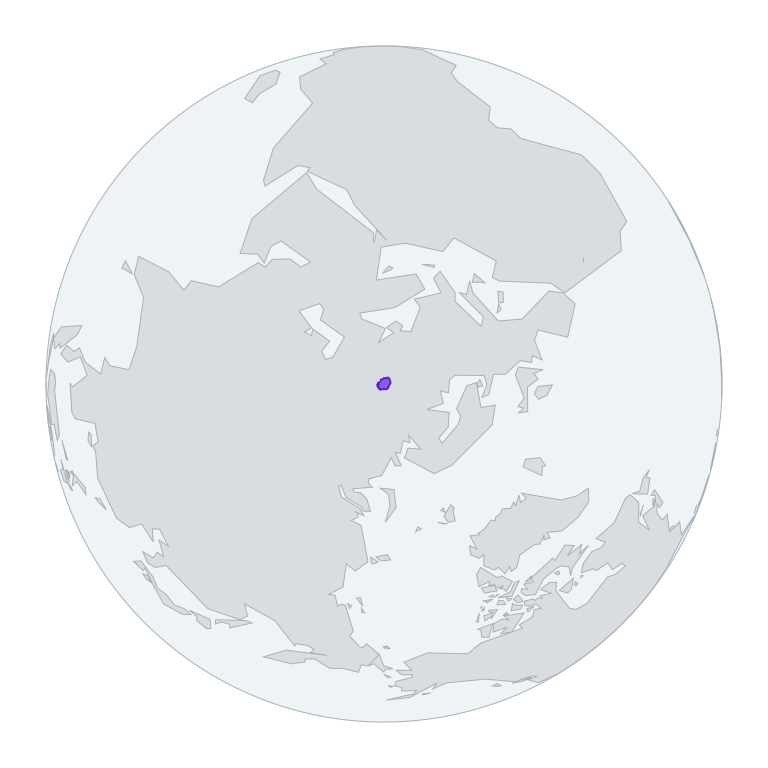 the Earth from above Ryazan', rotated 164°
{"feature_id": "RUS-2374", "entity_name": "Ryazan'", "entity_type": "Region", "adm_level": 1, "iso_a3": "RUS", "parent_name": "Russia", "parent_adm1": "", "projection": "orthographic", "projection_center": [40.693, 54.337], "detail": "fine", "context": "on_globe", "style": "filled", "palette": "violet", "viewbox_px": 768, "rotation_deg": 164, "n_neighbors": 0, "source": "natural_earth", "source_scale": "10m", "svg_char_len": 14237}
<svg xmlns="http://www.w3.org/2000/svg" viewBox="0 0 768 768"><g transform="rotate(164 384 384)"><circle cx="384" cy="384" r="338" fill="#eef3f6" stroke="#a8b0b8"/><path d="M287.9,60.0L294.9,58.0L317.7,54.2L327.1,60.0L317.8,60.7L321.2,62.6L333.1,62.2L340.1,61.6L367.7,72.3L406.3,79.5L421.2,77.4L415.9,81.9L445.9,75.6L468.6,79.5L441.2,78.0L437.1,80.3L451.7,84.0L450.6,87.2L457.0,91.1L454.4,94.8L438.7,94.3L436.7,96.9L447.1,99.5L451.1,105.4L436.1,101.1L441.5,111.0L416.1,113.5L378.0,101.5L362.1,108.3L318.2,111.1L320.4,115.0L305.1,119.3L302.0,125.7L294.7,125.0L298.5,130.7L305.8,130.2L309.8,132.7L308.7,136.6L299.2,136.1L298.4,134.1L295.0,136.1L290.8,134.3L292.2,137.4L280.9,136.8L290.2,143.2L279.6,147.7L272.6,145.8L275.9,138.3L267.7,117.5L261.6,114.4L249.7,116.9L222.0,137.0L214.2,137.1L201.8,142.9L204.8,145.9L215.7,142.6L218.3,150.4L231.2,146.1L234.2,148.8L246.4,148.1L241.8,156.6L230.6,165.5L220.2,166.8L215.0,171.0L222.7,177.0L201.1,187.1L183.2,207.7L177.9,209.7L171.7,199.9L177.4,181.0L169.3,170.6L171.6,186.1L158.4,192.0L155.0,197.0L154.1,202.1L158.0,203.5L152.9,207.7L148.6,193.2L153.2,189.2L154.5,193.6L157.1,185.1L154.1,176.5L147.7,180.7L150.1,165.1L145.5,168.1L143.5,166.8L150.6,162.8L137.8,170.1L139.6,157.0L122.1,171.9L142.4,151.3L151.5,141.5L161.1,131.5L158.3,133.6L174.8,119.1L181.7,113.3L201.3,99.7L221.9,87.5L243.2,76.8L265.3,67.6L287.9,60.0ZM63.6,276.7L59.9,288.6L59.8,288.8L51.1,326.2L47.2,360.0L46.3,374.8L46.2,375.9L47.7,350.7L51.2,325.7L56.4,301.0L63.6,276.7ZM46.1,385.2L46.1,388.1L46.1,389.1L46.1,385.2ZM46.4,399.2L51.0,438.3L57.7,469.2L60.4,481.2L60.2,480.8L53.4,454.0L48.8,426.7L46.4,399.2ZM126.6,165.1L118.5,175.5L96.4,207.4L104.5,194.1L103.8,195.4L110.3,186.1L120.9,172.1L126.3,165.4L126.6,165.1ZM118.4,178.6L121.9,173.9L119.1,178.0L118.4,178.6ZM343.4,60.9L333.4,61.9L323.1,61.4L331.5,60.1L343.4,60.9ZM362.9,63.9L358.0,64.9L354.7,61.7L358.6,62.1L362.9,63.9ZM432.2,75.5L424.2,74.2L432.3,74.5L432.2,75.5ZM458.4,91.0L461.0,90.5L463.2,92.8L458.4,91.0ZM248.2,143.6L247.3,145.8L245.5,144.7L248.2,143.6ZM254.3,141.3L252.8,138.5L255.5,137.1L256.4,138.8L254.3,141.3ZM461.3,100.7L464.0,104.9L458.5,100.5L461.3,100.7ZM255.5,145.1L260.5,134.9L265.2,132.5L272.5,137.2L255.5,145.1ZM463.9,107.2L470.8,117.9L477.2,117.4L463.1,125.4L461.9,113.3L454.0,107.8L461.0,109.3L463.9,107.2ZM308.6,128.4L300.8,129.1L308.4,125.1L308.6,128.4ZM312.4,125.3L329.8,110.4L340.7,111.7L332.6,116.2L347.6,115.4L344.4,123.3L335.4,125.5L329.0,123.0L332.7,128.1L312.4,125.3ZM454.2,128.4L453.5,131.1L451.2,128.2L454.2,128.4ZM312.0,133.4L314.6,130.1L324.2,130.9L320.9,137.7L318.8,135.2L312.0,133.4ZM353.1,111.6L359.7,113.7L358.8,120.5L361.3,122.4L345.2,123.7L353.1,111.6ZM316.0,137.0L318.9,141.2L313.3,144.5L310.2,136.7L316.0,137.0ZM328.1,128.3L332.5,129.1L329.0,130.9L328.1,128.3ZM295.1,159.0L297.9,154.6L303.1,154.6L295.1,159.0ZM320.3,142.6L322.3,141.5L324.6,141.1L325.3,144.6L320.3,142.6ZM345.8,128.6L344.0,131.2L352.3,128.4L352.0,133.8L341.3,133.8L345.8,136.0L345.7,137.7L337.1,135.9L345.8,128.6ZM333.2,147.0L319.6,149.4L313.1,157.4L308.3,157.5L319.5,144.8L333.2,147.0ZM336.2,140.6L333.3,144.5L328.7,142.5L328.0,138.6L336.2,140.6ZM355.6,137.5L358.8,129.2L361.0,129.6L355.6,137.5ZM332.2,149.6L335.6,149.0L332.3,150.4L332.2,149.6ZM349.4,141.6L350.3,138.5L352.8,139.0L349.4,141.6ZM341.5,150.5L337.1,151.2L336.4,148.5L341.5,150.5ZM345.9,146.7L349.1,148.1L338.8,147.1L345.8,145.3L345.9,146.7ZM351.7,142.5L353.4,141.7L351.0,143.7L351.7,142.5ZM346.5,160.8L333.7,160.2L332.3,154.0L344.9,155.3L346.5,160.8ZM276.9,704.5L274.1,703.4L254.6,694.4L226.8,670.4L233.7,664.2L229.9,654.2L205.5,620.9L210.7,608.7L204.6,599.1L191.7,594.2L184.8,582.2L177.2,577.6L131.0,549.8L118.2,526.8L105.9,473.4L115.1,465.5L119.1,446.8L184.7,421.9L196.1,435.0L244.9,451.2L250.6,456.6L242.1,471.3L276.5,505.2L290.9,495.1L324.8,513.6L349.1,516.3L362.6,486.0L322.8,480.9L318.6,464.0L352.6,454.5L387.8,458.9L387.3,452.5L367.3,436.9L377.7,425.5L360.7,430.5L365.9,437.6L355.4,441.2L350.0,434.9L353.8,430.9L343.9,426.8L327.9,447.7L331.5,457.2L304.0,455.9L307.3,471.9L299.0,477.0L290.4,451.9L293.0,444.0L274.9,412.8L269.7,420.9L286.4,451.1L280.1,447.3L273.2,459.5L273.5,447.3L256.7,413.0L233.4,408.4L199.7,427.8L187.0,422.5L178.2,408.2L194.5,378.4L221.2,393.6L227.3,384.2L225.5,363.6L233.7,370.3L236.2,364.0L246.6,368.9L264.8,359.9L275.9,363.1L286.4,344.8L293.5,344.2L285.2,355.0L285.4,364.7L313.4,372.8L319.8,370.0L324.4,357.7L331.5,361.9L332.4,349.0L350.1,347.7L329.2,338.8L334.0,325.1L346.5,316.7L344.3,310.9L323.9,324.7L319.2,331.8L321.1,340.3L304.9,359.4L294.6,360.0L297.3,334.7L282.9,333.0L291.3,314.9L341.3,287.2L360.4,284.0L384.8,307.3L378.5,315.6L366.5,311.1L374.4,327.9L375.3,320.4L381.2,324.2L387.3,312.9L391.8,315.1L389.9,300.8L396.1,302.3L397.2,311.3L411.5,296.7L425.2,296.9L426.3,292.6L423.5,288.0L442.8,291.8L442.8,288.5L436.4,285.9L432.2,277.9L432.2,265.4L438.8,267.4L439.7,272.2L451.7,285.6L453.1,298.5L455.8,298.1L456.2,287.4L441.6,271.0L439.7,263.0L447.6,269.6L444.6,266.6L445.8,263.2L453.2,262.0L444.9,254.3L448.5,217.5L463.2,212.1L469.8,221.6L479.4,200.1L495.2,197.0L489.3,194.5L489.9,183.3L485.0,184.0L482.2,182.0L481.5,155.2L486.5,151.0L479.6,137.8L476.5,136.7L472.4,139.0L463.1,125.4L477.2,117.4L483.3,120.3L488.0,113.9L501.4,121.7L514.6,125.7L526.5,138.9L535.9,141.4L536.6,138.6L550.0,140.5L574.9,154.9L551.5,155.1L513.5,138.8L528.7,146.1L524.3,148.2L529.2,153.4L540.0,158.6L541.9,156.8L554.3,186.9L578.5,210.9L579.2,198.5L587.3,197.1L615.4,216.7L643.4,269.6L654.6,270.8L660.4,277.0L662.1,289.3L653.6,280.4L648.4,284.9L643.4,278.4L643.3,296.1L636.1,287.5L639.5,306.1L646.6,308.7L649.4,295.8L655.5,316.3L668.2,316.2L678.1,328.7L685.2,372.4L679.8,399.2L681.3,404.6L674.7,407.4L672.7,425.8L690.1,435.5L691.9,442.7L685.5,471.6L684.2,467.0L666.9,474.2L668.5,493.8L681.7,492.2L686.4,501.9L678.3,508.7L673.0,500.7L666.8,502.8L665.1,487.2L653.5,471.7L645.1,486.5L642.5,477.1L625.2,468.0L611.2,488.4L591.3,533.4L593.9,558.0L584.7,574.3L560.2,551.5L550.5,529.2L540.8,536.4L516.3,522.9L471.5,535.3L465.9,529.2L457.3,534.6L440.1,530.3L431.8,519.3L421.1,521.5L443.4,549.9L455.0,547.3L465.8,533.2L469.7,543.6L486.4,549.2L465.3,579.4L400.1,608.5L395.0,589.9L352.5,532.3L354.6,525.5L354.4,524.7L354.0,523.3L348.7,534.1L341.8,521.6L363.1,564.2L366.1,580.9L399.1,609.6L395.7,612.6L406.7,617.7L443.8,607.1L443.7,613.1L425.3,641.2L375.2,673.6L382.8,690.5L380.6,702.4L351.3,707.7L355.9,714.0L341.0,714.4L341.4,716.6L330.6,716.8L311.9,714.1L291.6,709.0L276.9,704.5ZM159.4,445.6L156.9,450.9L159.4,445.6ZM423.6,479.0L445.6,477.8L438.1,458.0L445.9,456.0L440.5,450.3L437.4,456.6L424.5,440.2L434.9,432.8L433.4,423.7L426.0,423.7L409.1,440.0L427.5,463.2L421.4,472.3L423.6,479.0ZM59.7,289.4L58.2,294.9L59.4,290.3L59.7,289.4ZM99.9,201.0L99.4,201.8L99.9,201.0ZM78.9,241.9L75.9,249.3L78.0,243.1L78.9,241.9ZM93.5,212.4L81.2,236.4L85.5,226.0L93.7,211.2L89.4,219.2L93.5,212.4ZM115.5,180.6L112.7,184.5L112.0,184.9L115.5,180.6ZM116.4,181.7L117.1,180.6L119.4,177.8L116.4,181.7ZM158.7,192.9L158.9,194.2L156.8,199.6L155.7,197.6L158.7,192.9ZM160.8,222.2L152.6,228.4L157.6,222.3L154.3,220.3L161.0,205.5L175.6,210.1L167.8,210.4L160.8,222.2ZM173.9,187.9L168.0,196.2L173.8,186.9L173.9,187.9ZM239.8,326.8L242.2,333.4L236.5,339.2L222.4,336.7L230.6,328.1L239.8,326.8ZM246.9,341.5L253.5,317.9L262.5,319.1L256.3,322.3L261.6,325.4L253.1,331.6L255.2,356.4L250.3,363.2L227.0,353.9L237.3,352.9L234.4,346.3L246.9,341.5ZM254.5,261.2L257.5,252.4L273.2,266.0L268.6,272.6L254.3,270.2L251.3,260.8L254.5,261.2ZM267.4,156.0L267.5,152.9L270.2,152.8L272.2,155.5L267.4,156.0ZM295.9,157.0L269.6,170.2L268.4,167.2L254.4,179.4L245.8,176.2L255.2,168.2L238.1,175.3L243.1,166.8L231.8,172.7L253.6,155.3L257.4,148.5L256.4,157.2L264.2,160.3L268.7,159.5L284.4,152.6L296.4,140.0L306.1,141.5L309.7,146.0L308.3,149.2L302.4,147.1L304.7,153.0L295.2,152.5L295.9,157.0ZM346.4,205.1L340.2,200.0L343.2,214.3L333.7,212.8L334.6,214.6L326.7,217.2L318.7,223.7L314.8,221.8L313.3,225.2L308.0,227.3L304.7,231.4L296.6,229.5L291.9,234.6L290.7,230.9L284.8,240.2L285.5,232.5L278.7,234.8L281.6,241.0L245.6,223.6L229.9,223.2L216.4,227.4L219.5,214.4L234.0,202.5L253.4,193.7L268.1,196.4L266.8,190.4L273.4,190.0L271.7,194.9L278.3,187.2L283.3,188.3L300.6,182.2L307.1,171.0L313.6,168.8L313.5,173.8L320.0,168.1L324.3,176.1L329.1,174.8L338.0,181.6L335.2,192.4L340.7,190.2L347.7,195.7L346.4,205.1ZM348.7,162.9L347.5,175.4L341.7,181.0L328.5,166.8L323.6,166.9L315.0,158.7L323.6,151.0L325.3,154.0L328.9,155.2L324.8,157.1L330.8,156.5L333.3,160.7L338.7,161.5L336.8,165.2L348.7,162.9ZM258.7,452.8L263.4,455.4L271.1,457.3L266.8,465.2L258.7,452.8ZM246.7,429.7L251.2,430.3L249.0,441.9L244.2,439.5L246.7,429.7ZM255.6,421.1L251.7,429.5L250.9,423.6L255.6,421.1ZM289.6,355.1L294.6,355.2L294.4,358.3L290.7,362.0L289.6,355.1ZM353.2,249.6L350.6,245.2L352.5,243.9L353.4,232.8L360.5,233.4L362.8,240.3L353.2,249.6ZM354.8,490.9L346.7,496.2L343.4,492.9L346.9,491.7L354.8,490.9ZM303.8,482.2L314.6,488.7L302.5,484.3L303.8,482.2ZM361.1,248.4L360.6,243.7L364.4,246.9L361.1,248.4ZM365.8,233.3L370.6,236.1L361.5,232.2L365.8,233.3ZM439.4,696.8L418.2,714.5L401.9,715.6L398.0,712.2L405.2,702.1L423.9,697.3L432.9,690.7L439.4,696.8ZM710.0,473.0L707.9,480.3L708.9,476.9L710.5,471.0L710.0,473.0ZM706.9,482.9L693.5,514.4L687.3,524.1L689.5,518.1L699.7,499.2L706.9,482.9ZM689.0,519.0L678.4,527.8L658.2,523.5L665.5,515.7L685.5,507.7L684.4,512.2L690.8,508.6L689.0,519.0ZM711.6,456.1L710.3,466.6L703.6,483.5L700.2,490.0L697.9,484.3L699.2,475.6L702.3,469.3L710.1,424.2L713.6,420.0L712.2,436.3L714.9,436.5L711.6,456.1ZM595.6,559.3L604.0,567.8L598.5,573.7L595.6,559.3ZM710.1,399.4L709.1,418.8L709.0,397.4L710.1,399.4ZM708.2,382.4L709.8,386.3L707.3,386.2L708.2,382.4ZM684.1,411.4L681.0,419.1L679.4,416.0L682.4,404.2L684.1,411.4ZM685.6,339.5L691.2,349.5L692.7,354.3L688.5,351.5L685.6,339.5ZM421.1,250.6L411.9,265.0L410.0,276.7L416.3,284.8L403.5,279.9L406.4,261.9L421.1,250.6ZM444.5,221.2L438.8,214.7L443.8,213.8L445.8,215.1L444.5,221.2ZM439.3,219.9L427.7,219.1L426.2,213.1L435.7,214.8L439.3,219.9ZM394.3,233.2L391.0,237.3L388.0,234.4L394.3,233.2ZM720.3,417.1L720.3,417.4L720.4,416.0L720.3,417.1ZM716.2,433.3L716.9,435.4L719.1,421.2L717.4,434.3L717.9,435.9L717.0,441.7L716.7,439.3L715.0,451.7L713.9,456.2L714.2,450.3L715.9,435.2L716.9,426.3L720.3,405.2L716.2,433.3ZM721.5,399.5L721.3,396.3L721.3,389.7L721.6,389.7L721.5,399.5ZM718.9,390.1L716.2,390.7L715.3,400.9L715.6,375.5L718.4,379.1L718.9,390.1ZM714.2,380.4L713.6,389.9L713.2,376.6L714.2,380.4ZM712.5,389.1L710.8,384.5L712.2,379.9L712.5,389.1ZM714.9,377.1L712.4,366.8L714.4,369.3L714.9,377.1ZM706.0,374.9L711.7,372.1L707.0,383.4L699.6,366.6L701.0,359.8L706.0,374.9ZM668.1,268.2L663.7,264.8L663.0,257.8L666.2,262.1L668.1,268.2ZM656.5,233.3L661.4,254.9L664.5,273.0L666.8,271.0L673.6,282.5L666.4,281.0L659.2,262.3L658.0,250.1L651.3,241.7L646.4,229.4L637.4,222.6L633.2,215.6L641.0,218.2L656.5,233.3ZM633.5,220.2L616.1,205.8L617.7,196.6L621.9,197.7L629.2,208.1L627.9,212.2L633.5,220.2ZM612.3,199.8L610.9,203.8L582.2,194.8L576.6,190.7L599.2,191.9L599.1,195.9L605.9,200.0L612.3,199.8ZM457.2,131.5L453.9,131.2L456.3,129.6L457.2,131.5ZM479.5,182.7L476.1,179.7L479.1,177.7L479.5,182.7ZM468.4,170.5L467.4,174.9L465.7,169.4L468.4,170.5ZM465.5,185.0L465.6,176.2L469.5,185.8L465.5,185.0Z" fill="#d9dde1" stroke="#a8b0b8" stroke-width="1"/><path d="M381.7,389.6L381.3,389.4L381.2,389.4L381.2,389.1L381.3,389.0L381.2,388.9L381.0,388.6L380.8,388.5L380.7,388.4L380.4,388.5L380.0,388.7L379.9,388.8L379.9,389.1L379.8,389.3L379.5,389.4L379.3,389.5L379.1,389.5L378.8,389.5L378.7,389.5L378.4,389.1L378.3,388.7L378.2,388.6L377.7,388.5L377.7,388.4L377.8,388.2L377.6,388.1L377.7,387.9L377.8,387.8L377.8,387.6L377.8,387.4L377.7,387.3L377.4,387.2L377.5,387.1L377.4,386.9L377.5,386.9L377.5,386.7L377.4,386.7L377.6,386.4L377.4,386.2L377.3,385.9L377.2,385.8L377.1,385.7L377.1,385.4L377.2,385.2L377.3,385.2L377.3,384.9L377.2,384.8L377.0,384.7L377.0,384.4L377.2,384.1L377.2,383.9L377.3,383.9L377.4,383.7L377.5,383.7L377.8,383.6L377.8,383.4L377.6,383.3L377.5,383.2L377.5,382.9L377.5,382.7L377.6,382.4L377.9,382.3L378.0,382.3L378.4,382.2L378.7,382.2L378.8,382.2L379.0,382.2L379.0,381.8L379.0,381.7L379.4,381.7L379.5,381.6L379.4,381.5L379.5,381.2L379.5,380.9L379.8,380.6L379.9,380.4L380.1,380.2L380.3,380.2L380.6,379.9L380.8,380.0L381.0,380.1L381.3,379.6L381.2,379.4L380.9,379.5L380.8,379.4L380.7,379.3L380.9,379.2L381.0,379.0L381.4,379.0L381.7,378.9L382.1,378.6L382.4,378.3L382.4,378.1L382.5,378.1L382.8,378.1L382.8,378.3L383.0,378.4L383.4,378.2L383.5,378.2L383.5,378.3L383.6,378.5L383.7,378.9L383.8,378.9L384.0,378.8L384.3,378.8L384.5,378.8L384.6,378.7L384.9,378.6L385.0,378.6L385.2,378.8L385.2,379.0L385.3,379.2L385.4,378.9L385.5,378.9L385.9,378.8L386.1,378.9L386.1,379.0L386.3,379.1L386.4,379.3L386.5,379.3L386.6,379.2L387.0,379.2L387.1,379.3L387.3,379.4L387.5,379.3L387.7,379.6L387.9,379.7L388.0,379.7L388.3,379.5L388.3,379.8L388.3,380.0L388.6,380.1L388.8,380.3L389.0,380.3L389.3,380.1L389.6,380.0L389.8,380.0L389.9,379.9L390.0,380.0L389.9,380.2L389.9,380.3L390.0,380.4L390.0,380.5L390.0,380.8L389.8,381.2L389.7,381.2L389.8,381.3L389.9,381.6L390.0,381.6L390.3,381.8L390.5,381.7L390.6,381.8L390.5,382.0L390.7,382.3L390.8,382.3L390.9,382.5L390.7,382.6L390.6,382.8L390.7,383.0L390.5,382.9L390.4,382.9L390.4,383.0L390.3,383.3L390.5,383.3L390.7,383.6L390.3,383.7L390.2,383.8L390.1,384.1L389.8,384.4L389.5,384.5L389.3,384.5L389.1,384.4L389.2,384.6L389.3,384.8L389.5,384.9L389.8,384.7L389.9,384.4L390.0,384.4L390.3,384.6L390.5,384.7L390.6,384.8L390.3,385.1L390.5,385.3L390.4,385.3L390.2,385.4L389.8,385.4L389.7,385.4L389.6,385.2L389.4,385.4L389.5,385.4L389.5,385.5L389.9,385.8L390.0,385.8L390.1,386.1L389.9,386.3L389.7,386.7L389.6,386.8L389.3,387.0L389.0,387.0L388.8,387.1L388.6,387.0L387.7,387.0L387.4,387.1L387.1,387.1L386.9,387.2L386.8,387.3L386.5,387.3L386.4,387.3L386.3,387.5L386.3,388.1L386.3,388.4L386.3,388.5L386.2,388.7L386.0,388.8L386.0,389.0L385.8,389.1L385.7,389.3L385.3,389.3L385.3,389.2L385.2,389.1L384.8,388.9L384.7,388.9L384.7,389.0L384.4,388.8L384.2,388.7L383.9,388.7L383.8,388.9L383.6,388.9L383.3,389.2L383.2,389.2L383.0,389.3L383.0,389.6L382.9,389.7L382.9,389.8L382.7,389.8L382.7,389.7L382.5,389.8L382.4,389.8L382.2,389.9L382.0,389.7L381.7,389.6ZM390.0,381.1L390.2,381.4L390.1,381.5L390.0,381.4L390.0,381.2L390.0,381.1Z" fill="#8b5cf6" stroke="#5b21b6" stroke-width="1.5"/></g></svg>